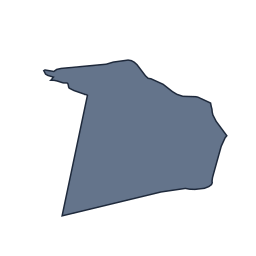 the border of Kgatleng, rotated 251°
{"feature_id": "BWA-2646", "entity_name": "Kgatleng", "entity_type": "District", "adm_level": 1, "iso_a3": "BWA", "parent_name": "Botswana", "parent_adm1": "", "projection": "mercator", "projection_center": [26.553, -24.114], "detail": "fine", "context": "isolated", "style": "filled", "palette": "slate", "viewbox_px": 256, "rotation_deg": 251, "n_neighbors": 0, "source": "natural_earth", "source_scale": "10m", "svg_char_len": 918}
<svg xmlns="http://www.w3.org/2000/svg" viewBox="0 0 256 256"><g transform="rotate(251 128 128)"><path d="M209.6,67.0L209.9,68.4L205.6,76.3L206.6,79.6L206.1,84.1L195.4,128.2L195.1,135.6L192.2,150.2L190.6,153.1L188.2,155.3L185.0,157.1L171.6,161.5L168.4,163.2L167.1,165.7L157.9,175.4L148.0,181.8L143.9,185.2L140.1,190.2L135.6,202.1L134.5,204.0L124.7,214.2L121.2,213.7L118.5,213.5L115.6,212.8L112.7,212.5L105.6,213.5L88.5,218.9L87.1,216.6L80.4,210.2L68.4,201.9L55.9,193.3L53.5,191.7L50.5,190.2L48.8,189.8L47.3,188.5L46.3,185.3L46.1,180.6L48.2,171.2L50.1,166.3L52.2,162.6L56.8,138.3L66.4,37.1L172.1,100.3L172.7,99.8L173.3,99.2L173.7,98.1L174.0,98.0L181.0,89.1L184.8,85.4L186.0,85.2L188.8,85.6L190.0,85.4L190.6,84.6L191.5,82.0L192.1,80.9L195.6,76.2L197.1,73.7L198.3,70.6L198.7,71.5L199.9,73.2L200.4,74.1L203.9,69.2L205.8,67.6L208.7,67.2L209.6,67.0L209.6,67.0Z" fill="#64748b" stroke="#1e293b" stroke-width="1.5"/></g></svg>